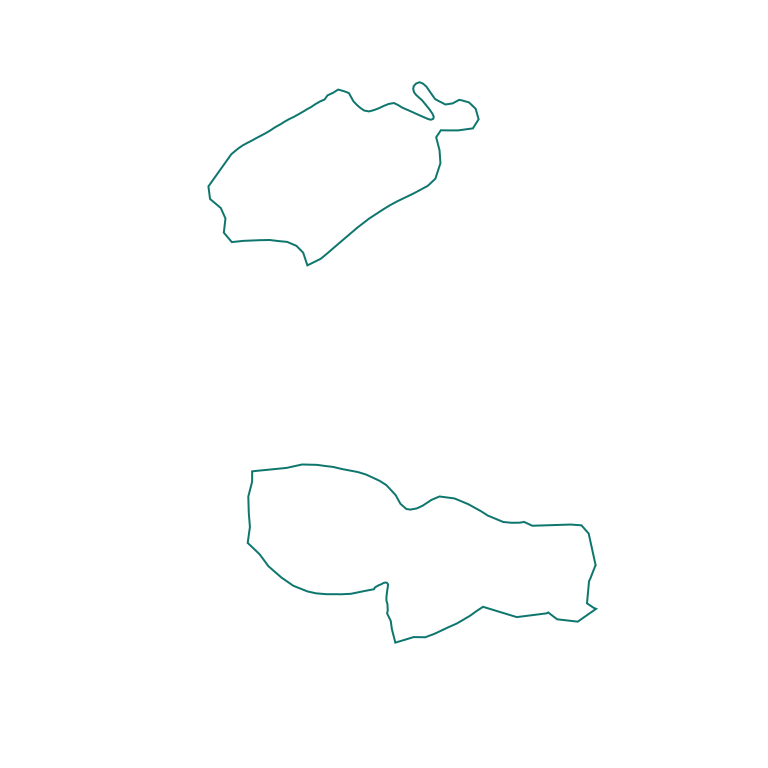 Amran, Hajjah, Yemen (Natural Earth projection), rotated 69°
{"feature_id": "15242507B71774555115176", "entity_name": "Amran", "entity_type": "district", "adm_level": 2, "iso_a3": "YEM", "parent_name": "Yemen", "parent_adm1": "Hajjah", "projection": "natural_earth1", "projection_center": [43.831, 15.676], "detail": "fine", "context": "isolated", "style": "outline", "palette": "teal", "viewbox_px": 768, "rotation_deg": 69, "n_neighbors": 0, "source": "geoboundaries", "source_scale": "gbopen_adm2", "svg_char_len": 2648}
<svg xmlns="http://www.w3.org/2000/svg" viewBox="0 0 768 768"><g transform="rotate(69 384 384)"><path d="M418.3,538.4L427.9,542.1L440.4,551.0L455.8,556.4L469.4,560.4L483.5,568.2L486.6,566.7L498.5,561.1L512.7,557.2L527.8,549.2L539.4,541.3L540.0,540.8L550.2,529.8L555.1,522.4L559.5,513.3L565.1,498.9L568.0,490.1L570.5,475.1L572.0,466.9L570.7,465.4L570.0,461.2L570.0,458.9L569.6,455.6L569.8,453.8L570.7,452.5L572.5,452.0L575.0,453.3L579.2,455.7L583.8,458.1L587.2,459.4L590.5,459.6L595.0,461.1L596.7,461.6L599.2,463.3L600.7,463.2L607.5,462.6L615.7,464.5L629.5,466.1L630.9,447.0L635.2,436.3L635.3,426.6L634.1,410.4L633.7,401.9L631.2,386.7L629.0,378.4L627.5,371.4L649.2,343.6L656.4,314.3L656.1,312.6L665.7,306.7L675.3,288.3L669.9,266.6L668.1,268.5L661.5,273.1L651.2,268.0L641.5,263.2L640.2,261.7L629.1,251.6L629.1,251.4L597.0,246.5L586.7,250.3L582.1,260.1L569.5,296.3L562.9,302.7L562.2,306.7L559.3,314.6L555.5,322.2L544.1,334.2L537.7,338.9L526.5,348.3L516.1,359.2L508.9,372.5L509.2,381.2L511.5,391.7L511.9,398.0L510.7,404.4L508.7,407.9L501.7,411.6L492.1,412.9L484.5,415.9L479.3,418.0L472.7,422.9L462.0,433.3L456.8,440.0L448.5,453.4L443.2,461.2L439.4,468.4L435.4,475.7L429.8,489.3L427.4,505.1L419.4,534.2L418.3,538.4ZM114.8,444.3L136.6,477.1L148.9,480.1L161.2,473.3L172.7,472.7L185.3,479.3L197.0,475.2L199.9,464.2L205.4,447.9L208.6,439.1L213.0,430.8L216.6,423.5L223.7,416.2L232.5,412.4L245.8,413.0L244.4,398.1L241.7,390.0L238.9,382.3L233.5,367.1L228.4,352.6L224.2,338.5L220.9,323.2L219.3,314.8L218.2,306.2L216.7,288.0L214.7,272.3L210.8,262.5L198.1,252.2L185.7,248.4L172.4,246.9L167.5,240.0L170.8,231.8L173.8,223.9L177.2,209.4L170.8,200.8L159.9,199.8L151.6,203.7L146.8,210.1L145.7,212.0L146.6,219.6L145.0,226.6L141.2,229.9L138.8,232.1L137.6,233.1L136.2,234.2L130.8,235.6L127.5,236.4L121.4,237.9L117.5,240.0L115.0,242.7L115.0,244.5L115.0,246.4L116.6,249.6L117.2,249.9L118.9,251.0L122.6,251.4L125.7,250.4L133.0,246.7L143.6,243.2L149.1,241.9L152.5,241.8L153.9,242.9L154.1,243.1L154.1,245.5L152.6,247.7L147.0,253.4L143.1,257.3L139.5,260.8L135.7,264.7L132.3,268.1L128.7,270.8L125.9,273.4L125.2,274.3L124.2,279.5L124.3,284.5L124.7,289.8L124.7,295.1L124.2,300.2L121.6,304.5L117.7,307.2L113.5,309.4L109.1,311.2L104.4,311.9L99.8,312.5L99.0,313.4L96.5,316.2L92.7,321.3L93.9,327.2L94.3,333.3L97.1,337.5L97.3,342.4L98.1,347.6L98.3,348.5L98.4,348.9L99.3,352.7L99.8,356.8L99.9,357.5L100.8,362.2L101.6,367.5L102.3,372.5L102.7,377.6L103.5,382.9L104.5,387.9L104.5,388.1L105.2,393.2L105.4,394.3L106.4,398.6L107.4,404.3L108.0,409.3L108.6,414.5L109.4,420.2L109.9,425.1L110.6,430.3L111.7,435.0L113.2,439.7L114.8,444.3Z" fill="none" stroke="#0f766e" stroke-width="2"/></g></svg>